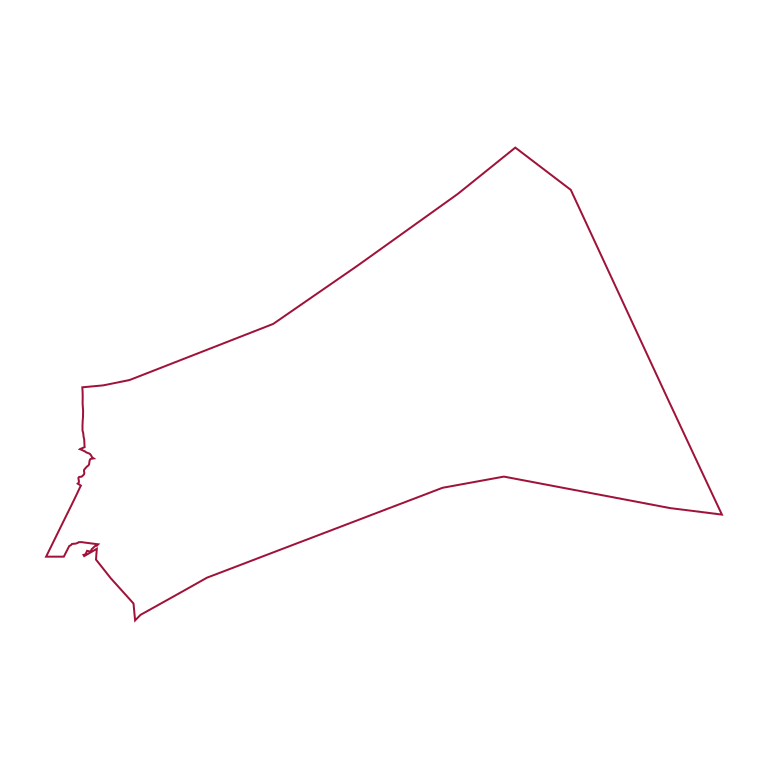 outline of San Agustín Etla, Oaxaca, Mexico
{"feature_id": "50627088B72104671930177", "entity_name": "San Agustín Etla", "entity_type": "district", "adm_level": 2, "iso_a3": "MEX", "parent_name": "Mexico", "parent_adm1": "Oaxaca", "projection": "albers", "projection_center": [-96.764, 17.204], "detail": "fine", "context": "isolated", "style": "outline", "palette": "rose", "viewbox_px": 768, "rotation_deg": 0, "n_neighbors": 0, "source": "geoboundaries", "source_scale": "gbopen_adm2", "svg_char_len": 1534}
<svg xmlns="http://www.w3.org/2000/svg" viewBox="0 0 768 768"><path d="M457.8,193.9L357.9,265.4L273.2,323.9L129.6,380.0L103.0,385.4L82.3,387.3L82.6,391.9L82.7,396.8L82.6,403.3L83.1,410.9L83.0,417.0L82.7,420.7L82.5,425.2L82.5,430.5L83.2,432.9L83.6,436.9L84.2,439.4L84.6,447.2L84.0,447.4L81.5,448.5L80.7,448.8L80.3,448.9L79.9,449.2L81.2,449.6L83.4,450.7L84.6,451.3L85.2,451.5L85.7,452.0L86.5,452.5L88.7,453.3L89.0,453.4L89.4,453.6L89.8,453.9L90.3,454.3L90.9,455.1L91.5,456.2L91.8,456.8L92.1,457.2L92.4,457.5L93.0,458.0L93.6,458.4L92.9,458.5L91.3,458.8L90.9,458.9L90.4,459.1L90.1,459.5L89.9,459.9L89.6,460.6L89.1,464.2L88.8,464.9L88.6,465.2L88.3,465.5L87.4,466.2L86.4,467.1L84.4,469.4L84.1,469.9L84.0,470.8L84.0,471.3L84.3,472.8L84.2,473.8L84.0,474.3L83.5,474.9L82.8,475.6L82.2,476.2L81.4,476.7L80.6,476.8L79.6,476.9L79.0,477.1L78.7,477.4L78.5,477.7L78.4,478.1L78.7,480.0L78.8,480.6L78.9,481.2L78.9,481.9L78.7,482.7L77.7,483.6L78.1,483.9L79.5,484.7L80.9,485.6L80.5,486.3L79.3,488.8L78.7,490.1L77.6,492.3L77.6,492.5L71.7,504.7L62.4,523.5L46.1,556.7L63.8,556.7L69.2,546.1L71.1,545.0L71.9,544.0L73.4,543.8L75.7,543.6L77.8,542.9L78.6,542.2L81.8,542.1L83.4,542.4L98.2,544.3L96.7,545.8L95.2,545.9L91.7,549.2L90.7,551.3L89.4,551.4L87.1,550.8L85.5,554.3L83.5,554.9L84.2,556.1L96.8,548.8L96.0,559.6L110.8,578.3L133.5,603.5L135.1,620.4L140.6,614.8L180.8,592.4L206.9,577.7L442.5,487.8L503.9,476.6L670.1,508.1L721.9,514.6L700.0,467.9L671.3,406.5L670.1,404.0L570.8,189.9L515.3,147.6L457.8,193.9Z" fill="none" stroke="#9f1239" stroke-width="2"/></svg>